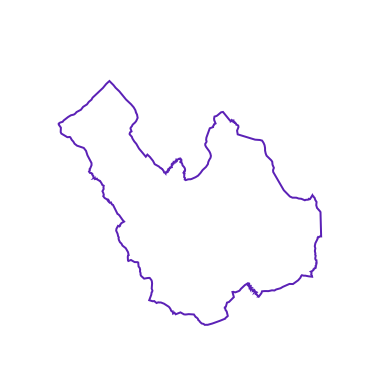 the district of Dan Khun Thot, Nakhon Ratchasima, Thailand, rotated 55°
{"feature_id": "78962969B23608126314551", "entity_name": "Dan Khun Thot", "entity_type": "district", "adm_level": 2, "iso_a3": "THA", "parent_name": "Thailand", "parent_adm1": "Nakhon Ratchasima", "projection": "orthographic", "projection_center": [101.7, 15.236], "detail": "fine", "context": "isolated", "style": "outline", "palette": "violet", "viewbox_px": 384, "rotation_deg": 55, "n_neighbors": 0, "source": "geoboundaries", "source_scale": "gbopen_adm2", "svg_char_len": 6095}
<svg xmlns="http://www.w3.org/2000/svg" viewBox="0 0 384 384"><g transform="rotate(55 192 192)"><path d="M144.2,120.7L143.4,122.4L143.8,127.1L143.8,128.3L143.1,130.3L144.5,131.8L145.9,132.6L149.4,133.4L149.2,135.3L149.8,135.8L150.2,137.0L150.9,137.5L150.0,140.9L155.7,149.0L157.5,150.6L158.6,150.9L159.2,151.3L160.2,153.6L161.3,154.3L163.0,154.6L168.7,154.5L171.0,154.9L173.3,155.8L174.6,157.2L175.7,159.7L176.9,161.6L178.3,163.0L179.5,166.2L180.1,170.7L181.3,174.2L182.1,177.7L181.9,180.7L181.1,184.8L180.7,185.9L179.4,187.9L178.7,190.3L177.6,190.8L176.5,189.7L175.3,189.9L173.2,188.2L171.4,188.0L171.3,187.3L171.6,187.1L170.6,186.7L170.8,185.8L170.0,185.0L168.5,184.3L166.6,184.2L164.9,184.5L162.8,183.7L161.7,183.9L161.1,184.3L160.9,183.9L160.5,183.9L160.5,182.9L160.0,182.9L159.6,182.3L158.0,182.3L157.9,182.9L157.6,183.1L157.8,183.4L157.3,183.8L157.2,185.2L156.9,185.6L157.1,185.8L156.7,186.1L157.4,186.5L157.0,186.7L157.3,187.0L157.1,187.0L157.0,187.5L157.4,187.8L157.5,188.6L157.9,189.0L157.7,189.2L158.0,189.4L157.6,190.1L157.8,190.4L157.5,190.4L157.8,190.7L157.4,191.0L157.4,192.1L157.6,192.7L158.5,193.3L158.8,193.0L159.2,194.0L160.0,194.3L159.6,194.9L159.4,195.7L159.9,195.7L160.0,196.0L159.8,196.5L160.0,197.0L159.7,197.1L159.7,198.0L160.0,197.9L161.0,198.5L160.8,199.0L160.4,198.7L160.2,198.9L160.6,199.9L161.3,199.9L161.7,200.3L161.6,200.9L161.1,200.7L161.1,201.4L160.8,201.8L160.9,202.4L161.6,203.0L160.4,203.1L160.0,203.6L158.4,203.2L156.0,203.2L155.6,203.6L154.8,203.6L154.1,204.1L152.1,204.5L147.8,206.6L144.2,206.1L139.1,206.4L135.8,207.1L136.6,209.6L126.0,210.5L120.6,210.0L117.4,210.3L114.0,210.1L112.2,209.6L109.1,210.0L108.6,209.8L107.6,208.5L107.7,206.8L104.8,206.0L104.2,205.4L103.6,203.4L102.8,202.0L102.4,198.8L101.9,197.1L100.1,194.0L97.0,192.6L95.1,192.4L94.7,192.1L94.3,192.2L92.7,191.5L89.2,191.2L85.2,191.6L78.4,193.0L67.8,193.8L62.9,194.8L59.4,195.0L53.7,196.0L54.3,200.3L55.7,205.4L57.7,219.3L58.7,221.4L59.0,224.9L60.0,227.8L59.8,232.3L60.9,235.8L60.3,240.7L60.8,242.7L60.8,244.4L59.7,247.2L59.5,250.5L59.8,256.2L60.3,257.7L59.5,260.2L59.5,261.9L60.3,262.2L59.7,262.5L64.1,262.5L67.6,265.2L69.2,265.5L75.3,262.8L75.9,262.3L76.6,260.8L77.3,260.3L80.4,260.6L82.6,260.3L85.1,260.5L88.1,259.6L93.8,255.4L97.5,255.2L102.0,256.6L110.6,257.7L112.4,258.9L114.3,261.9L114.4,262.6L114.7,262.9L115.4,263.0L116.2,264.6L116.7,264.4L117.2,264.7L117.9,264.6L118.6,263.7L119.3,263.4L119.7,263.6L120.0,263.3L120.9,263.8L122.1,263.6L122.9,264.2L124.2,263.9L124.3,264.4L124.4,264.1L124.5,264.3L125.2,263.7L125.8,264.0L126.2,263.1L126.6,262.9L126.6,262.3L127.7,262.3L129.5,261.4L129.9,261.4L130.2,261.0L133.1,261.1L134.7,261.4L136.2,260.7L137.2,261.7L138.9,262.7L140.0,264.9L141.8,265.2L143.8,265.9L144.5,267.1L146.8,267.0L148.8,266.1L150.2,265.0L151.3,265.1L151.1,265.9L152.4,265.8L153.7,265.5L154.0,264.4L156.3,264.7L157.3,264.1L167.3,265.6L167.7,265.3L169.3,264.9L175.0,264.9L177.3,264.6L177.0,267.7L177.7,269.8L178.4,270.2L178.6,271.2L177.3,272.0L178.8,275.0L180.2,276.3L183.5,276.9L185.9,277.9L187.1,278.0L188.1,278.9L189.4,279.4L191.8,279.8L193.8,279.4L196.0,279.7L200.0,278.5L204.5,278.9L207.4,280.1L207.3,280.8L208.4,281.9L211.2,283.6L212.0,283.7L212.7,281.0L216.5,279.2L218.1,277.0L218.9,276.5L222.4,278.5L224.2,278.4L226.0,279.1L227.1,280.1L229.0,280.7L230.3,281.6L231.6,281.8L235.5,280.9L236.8,278.1L237.8,276.3L238.3,275.9L241.2,275.8L242.3,276.2L244.1,277.2L248.0,280.4L250.1,281.0L250.9,281.9L251.0,282.6L252.8,284.3L256.1,289.1L258.9,286.9L259.7,285.5L262.6,284.7L263.0,282.9L263.6,282.4L264.6,280.9L267.4,279.0L272.5,276.9L273.7,276.7L275.9,276.8L277.2,277.2L278.6,276.8L278.8,276.3L280.7,277.2L280.8,275.6L282.8,275.5L284.0,270.5L287.7,268.7L288.7,267.5L290.2,264.7L293.4,260.7L296.6,260.7L297.2,260.3L299.1,259.9L300.6,260.3L301.6,259.9L302.7,260.0L305.2,259.5L306.7,258.2L308.1,257.8L309.8,255.3L311.4,250.8L313.5,243.1L314.8,237.4L314.4,236.8L314.2,234.0L313.9,233.7L309.7,232.1L308.0,232.2L306.4,231.6L305.7,231.7L305.3,231.3L305.4,230.1L302.7,226.8L303.3,224.7L302.1,218.0L297.1,216.2L297.4,215.5L299.0,214.2L300.0,210.5L300.0,209.3L299.4,207.6L298.6,202.1L298.8,198.5L299.8,197.7L300.6,198.1L300.4,198.8L300.7,199.6L301.2,199.3L302.0,199.6L302.6,198.2L302.9,198.7L303.9,198.3L303.3,199.3L303.8,199.5L304.1,200.0L304.4,199.7L304.9,199.8L304.6,199.5L304.9,198.9L305.3,199.6L305.9,199.1L306.2,199.3L306.8,198.1L307.7,198.3L308.1,198.9L308.5,198.0L308.3,197.2L309.2,197.3L309.8,197.8L310.1,198.3L310.1,198.0L310.6,197.4L310.4,197.1L311.3,196.6L311.4,197.4L311.7,197.4L312.2,198.3L313.3,197.7L313.7,197.8L315.0,197.4L315.3,197.8L315.5,197.3L315.8,197.7L316.1,197.5L314.7,193.2L313.5,191.6L315.0,189.0L317.0,186.3L318.4,182.9L320.0,180.9L320.1,179.0L321.6,174.7L321.8,172.0L323.2,164.9L325.3,162.1L325.2,155.6L324.4,152.4L323.5,150.9L323.2,149.7L324.4,148.7L325.6,147.1L328.0,144.8L330.3,142.2L329.5,141.8L327.8,141.6L326.9,140.5L326.2,140.2L325.4,140.4L325.7,138.6L325.6,137.6L325.1,137.0L325.3,136.6L324.8,135.8L325.1,134.7L324.7,134.4L324.9,134.1L324.2,133.3L323.4,133.1L322.9,131.9L321.5,131.1L321.6,130.6L319.4,129.3L319.2,129.6L317.9,129.5L316.9,129.0L315.1,127.2L314.1,127.1L313.1,126.2L310.8,125.2L308.9,123.3L306.8,122.5L304.7,120.3L302.5,116.2L301.5,115.3L301.2,114.5L301.8,114.2L301.7,113.0L302.1,112.3L301.9,111.9L302.3,111.6L282.2,98.3L281.5,98.2L276.7,98.7L274.1,97.8L271.6,95.7L269.4,95.6L266.9,94.9L266.0,95.2L265.2,95.0L264.8,95.1L264.7,95.4L263.7,95.2L265.5,99.4L265.4,99.9L264.6,100.3L264.9,101.3L263.7,103.2L263.5,104.3L260.2,106.4L258.5,108.4L256.6,109.7L254.2,113.0L251.8,114.4L243.2,115.8L222.2,114.0L220.5,113.0L219.2,111.1L215.9,110.4L213.2,108.9L211.4,108.9L205.0,110.1L202.6,109.5L200.0,108.4L197.8,106.9L195.2,105.7L192.7,105.2L190.1,105.1L188.3,106.6L185.3,110.3L171.0,121.5L167.6,119.9L165.5,116.7L164.3,116.1L163.5,116.2L162.2,117.1L161.4,116.7L160.2,116.9L160.0,117.3L159.6,117.2L159.6,117.4L158.6,117.8L158.6,117.5L158.2,117.2L157.2,117.9L156.9,117.4L156.5,118.0L156.2,118.1L156.5,118.4L156.2,118.6L156.5,118.9L156.4,119.6L155.9,119.2L155.8,119.7L155.4,119.9L144.2,120.7Z" fill="none" stroke="#5b21b6" stroke-width="2"/></g></svg>